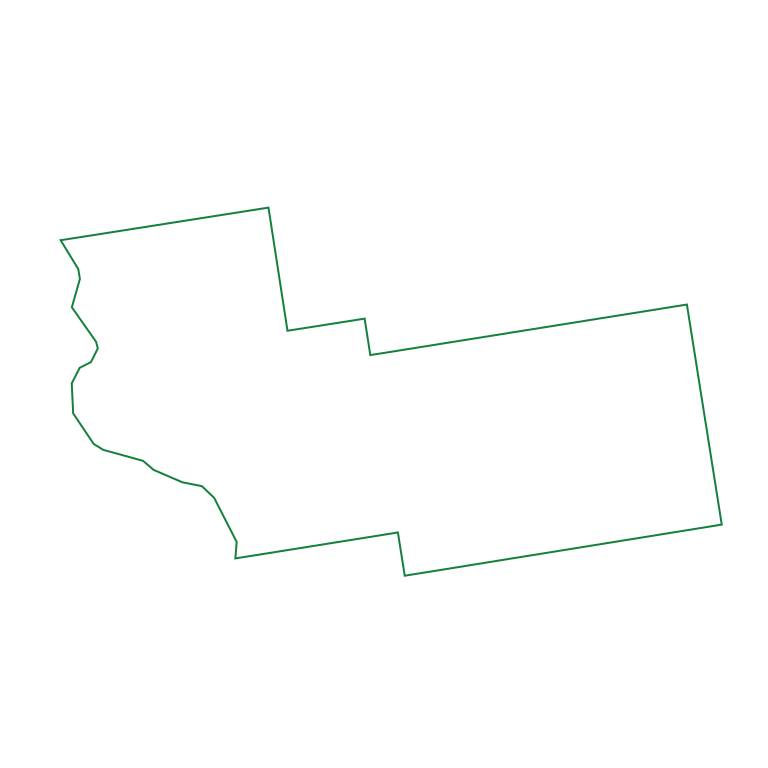 outline of Minidoka, Idaho, United States of America, rotated 81°
{"feature_id": "52423323B21939715817701", "entity_name": "Minidoka", "entity_type": "district", "adm_level": 2, "iso_a3": "USA", "parent_name": "United States of America", "parent_adm1": "Idaho", "projection": "robinson", "projection_center": [-113.693, 42.86], "detail": "fine", "context": "isolated", "style": "outline", "palette": "green", "viewbox_px": 768, "rotation_deg": 81, "n_neighbors": 0, "source": "geoboundaries", "source_scale": "gbopen_adm2", "svg_char_len": 499}
<svg xmlns="http://www.w3.org/2000/svg" viewBox="0 0 768 768"><g transform="rotate(81 384 384)"><path d="M191.7,470.5L191.4,680.9L222.6,668.0L232.6,667.9L259.4,680.3L297.2,661.8L304.1,661.1L316.5,670.0L320.4,682.0L334.5,692.3L364.4,695.6L397.8,680.1L405.2,671.5L422.2,634.0L432.8,625.0L449.5,598.6L456.4,579.9L469.8,569.6L517.0,554.2L533.0,558.1L532.8,393.5L576.6,393.5L575.7,72.4L352.9,72.4L353.3,393.0L316.4,392.9L316.3,471.0L191.7,470.5Z" fill="none" stroke="#15803d" stroke-width="2"/></g></svg>